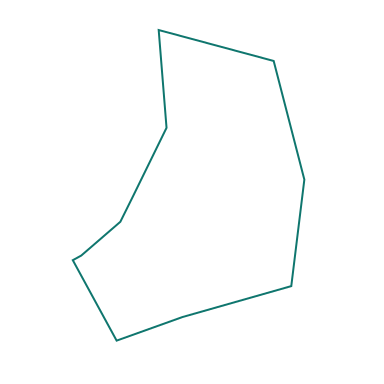 Hawalli, orthographic projection, rotated 277°
{"feature_id": "KWT-3506", "entity_name": "Hawalli", "entity_type": "Province", "adm_level": 1, "iso_a3": "KWT", "parent_name": "Kuwait", "parent_adm1": "", "projection": "orthographic", "projection_center": [48.031, 29.332], "detail": "fine", "context": "isolated", "style": "outline", "palette": "teal", "viewbox_px": 384, "rotation_deg": 277, "n_neighbors": 0, "source": "natural_earth", "source_scale": "10m", "svg_char_len": 305}
<svg xmlns="http://www.w3.org/2000/svg" viewBox="0 0 384 384"><g transform="rotate(277 192 192)"><path d="M109.8,82.0L115.4,89.8L153.7,124.5L180.1,133.8L252.6,158.9L348.7,139.2L332.0,257.1L218.0,302.0L110.7,302.0L66.7,197.7L35.3,135.3L109.8,82.0Z" fill="none" stroke="#0f766e" stroke-width="2"/></g></svg>